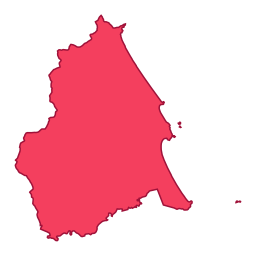 Phu My, Bình Định, Vietnam
{"feature_id": "81297802B75835306112543", "entity_name": "Phu My", "entity_type": "district", "adm_level": 2, "iso_a3": "VNM", "parent_name": "Vietnam", "parent_adm1": "Bình Định", "projection": "albers", "projection_center": [109.108, 14.245], "detail": "fine", "context": "isolated", "style": "filled", "palette": "rose", "viewbox_px": 256, "rotation_deg": 0, "n_neighbors": 0, "source": "geoboundaries", "source_scale": "gbopen_adm2", "svg_char_len": 5768}
<svg xmlns="http://www.w3.org/2000/svg" viewBox="0 0 256 256"><path d="M19.6,147.3L20.1,147.9L20.2,148.2L20.1,150.8L19.7,152.1L17.6,157.9L17.3,158.4L15.5,160.1L15.5,160.3L16.7,161.1L17.0,161.6L16.6,163.1L15.6,164.6L15.4,165.1L15.4,165.7L15.9,167.4L16.5,168.6L17.7,169.9L18.3,171.1L19.1,172.3L19.9,172.9L20.9,173.2L24.6,175.4L26.5,175.7L27.4,177.6L29.5,180.3L30.4,182.1L31.4,183.5L32.4,185.7L32.9,187.1L33.1,188.3L33.0,189.1L29.8,192.0L29.7,192.2L31.4,194.5L31.6,197.1L32.6,197.7L33.1,198.5L33.2,199.5L32.8,203.5L33.5,204.7L35.0,206.3L35.5,207.6L37.8,211.3L37.9,212.1L37.1,214.2L37.1,215.0L37.6,217.2L39.4,220.8L39.6,221.7L40.3,223.3L40.3,225.6L40.7,225.6L41.5,225.3L41.8,225.4L41.9,225.7L41.9,226.2L40.8,228.0L40.6,229.1L47.2,231.9L49.4,233.1L50.0,234.7L50.0,235.6L47.6,236.2L47.4,237.5L48.0,238.0L48.6,238.1L50.2,237.6L51.5,238.2L53.4,238.4L55.3,240.1L56.1,240.6L57.3,240.6L57.7,240.3L58.0,239.5L58.1,238.9L57.9,238.4L56.7,237.1L56.7,236.6L56.9,236.3L57.5,236.1L59.2,236.0L60.2,235.8L62.6,233.8L64.0,233.1L65.0,233.1L66.2,233.7L67.1,233.6L68.5,231.5L69.0,230.9L69.3,230.8L69.9,230.9L70.3,231.2L69.9,233.9L70.6,234.9L71.1,234.9L71.6,234.4L71.6,232.6L72.0,231.5L73.0,230.9L74.1,230.9L74.5,231.1L76.4,232.9L78.2,233.6L78.7,234.0L81.2,236.4L82.2,236.6L84.7,235.9L85.0,234.6L85.9,234.1L88.7,233.7L89.4,234.0L90.6,234.7L91.0,234.5L91.8,233.6L92.1,233.5L94.0,233.3L94.9,233.0L96.1,231.8L96.9,229.8L97.1,228.9L97.0,227.4L97.1,226.9L98.4,224.8L99.4,223.8L101.8,221.8L102.8,221.2L104.9,220.6L106.7,220.5L107.6,220.0L107.7,219.9L106.6,219.2L106.1,218.2L106.3,217.8L108.6,215.7L108.7,214.9L108.6,214.2L108.7,213.3L109.0,213.1L110.1,213.1L110.9,213.5L111.3,214.2L111.3,215.8L111.6,216.1L112.2,216.3L112.6,214.6L114.5,213.2L115.9,211.8L116.6,210.1L117.0,209.7L117.1,209.0L117.9,208.9L118.8,209.2L120.9,208.9L122.3,209.2L122.2,211.0L127.8,209.5L128.3,208.0L128.7,207.4L129.9,208.2L130.6,208.1L131.6,207.5L132.3,208.2L134.4,207.3L134.9,206.8L135.8,207.3L136.4,207.3L136.5,207.1L136.1,206.0L136.5,205.4L137.2,205.4L138.8,206.1L139.0,206.0L139.7,204.3L140.4,203.9L141.5,203.8L141.6,203.5L141.1,202.8L140.0,202.4L139.8,202.2L139.5,200.8L137.4,200.7L137.1,200.1L137.2,199.8L137.6,199.6L139.3,199.4L139.0,198.6L139.2,198.2L140.5,198.2L142.3,197.1L145.2,196.4L145.7,196.1L146.3,195.5L147.1,193.4L148.5,192.2L149.3,191.1L150.1,190.8L157.3,189.2L163.4,205.0L174.3,208.0L176.7,209.2L177.2,209.2L178.6,208.6L179.7,208.5L181.7,209.0L182.4,208.8L182.9,209.0L183.8,209.8L184.3,210.0L185.6,210.0L187.4,209.8L188.1,209.3L188.7,208.2L189.8,207.4L190.5,206.6L190.6,206.0L190.4,204.6L192.0,203.1L192.1,201.8L191.9,201.4L191.5,201.0L190.9,201.0L190.1,201.7L189.4,201.9L188.8,201.8L187.8,201.2L185.4,198.2L184.4,196.6L182.0,193.4L176.6,184.9L171.7,176.3L171.1,174.8L167.5,167.8L164.0,159.9L162.1,154.7L161.2,149.8L161.1,147.7L161.1,145.7L161.3,143.5L162.0,141.3L163.2,139.5L164.0,138.8L164.8,138.5L166.8,138.3L167.1,138.5L167.2,139.0L167.5,139.6L168.2,140.0L169.5,140.3L170.2,138.9L171.1,138.0L172.0,136.7L172.2,136.3L172.1,135.5L172.3,135.1L172.1,134.1L171.4,133.0L170.5,130.4L169.8,129.2L169.8,128.6L170.1,128.0L170.1,127.7L169.4,126.6L169.5,126.0L170.0,125.4L169.4,124.4L168.3,123.2L166.4,122.1L165.3,120.5L160.7,112.9L159.9,111.0L159.2,108.7L159.2,107.2L159.6,105.6L160.8,104.5L161.3,104.5L161.6,104.6L162.3,104.4L163.2,104.4L163.5,104.1L163.5,103.5L164.1,102.8L164.2,102.3L163.7,101.8L163.5,101.7L162.5,102.4L161.3,101.6L151.3,87.9L144.1,77.7L136.4,66.3L136.2,65.6L132.6,60.2L131.9,58.8L130.3,56.2L125.5,47.8L125.0,46.0L123.4,43.0L122.0,40.1L120.8,36.2L120.8,35.1L120.4,34.5L120.9,33.0L121.3,32.7L121.9,32.7L122.1,32.2L122.3,31.3L122.9,30.8L122.8,30.5L122.3,30.2L122.3,29.8L121.7,29.1L121.9,28.0L122.8,27.2L123.8,27.3L124.1,26.6L124.0,26.1L124.3,25.6L125.3,25.0L125.4,23.9L123.5,24.5L122.3,25.5L120.7,25.9L118.6,27.4L117.0,27.4L114.8,28.0L113.2,28.0L111.5,25.6L109.4,23.7L108.8,22.8L106.1,21.8L104.6,21.8L103.8,21.2L103.6,20.9L103.4,19.2L102.7,18.3L102.3,17.0L101.1,15.4L99.7,16.8L99.2,17.5L97.9,20.3L95.4,21.8L96.3,23.8L97.2,25.3L97.4,27.8L97.0,29.1L97.2,30.2L95.0,32.7L94.3,32.9L92.7,34.0L90.6,34.4L90.1,35.0L90.2,35.7L91.5,37.9L91.6,38.8L91.0,39.7L88.3,41.3L86.6,42.7L84.9,43.3L84.2,43.8L82.4,45.6L80.5,46.8L79.3,47.1L77.8,47.1L77.0,46.9L75.1,45.7L73.1,44.8L70.9,44.4L70.6,44.6L70.1,45.6L69.4,46.5L68.9,48.8L68.7,49.4L67.9,49.9L67.4,50.1L63.1,49.6L61.5,50.2L60.0,49.8L59.0,49.8L57.5,51.0L57.9,52.4L57.6,53.8L57.8,55.5L59.1,58.5L60.6,59.5L61.1,60.3L60.6,61.3L59.5,62.5L59.3,63.0L59.3,63.9L60.0,66.4L60.0,67.1L56.8,68.2L54.7,69.3L53.7,69.6L50.9,72.8L50.3,73.8L49.2,74.8L49.0,75.3L49.1,75.9L49.9,77.6L50.5,79.9L51.7,81.6L51.7,81.9L51.3,83.1L51.1,84.4L51.1,86.8L51.3,87.3L52.1,88.2L51.8,89.2L51.9,92.3L49.8,95.4L49.6,95.9L50.1,98.0L49.9,101.0L50.3,101.7L52.3,102.4L53.5,103.7L54.1,104.5L54.7,106.5L56.8,109.5L57.2,110.1L57.1,110.6L55.9,111.6L55.6,112.1L55.3,114.6L54.7,116.2L54.0,117.0L53.1,117.3L50.5,117.5L48.9,118.5L49.4,120.0L49.2,120.8L48.6,121.7L48.2,123.5L46.3,127.3L45.0,129.0L42.2,129.0L41.5,129.2L38.8,131.7L37.8,132.2L36.0,132.5L34.5,132.4L31.4,132.7L27.2,132.7L26.1,133.1L24.9,135.0L24.7,135.9L23.6,138.0L23.8,139.0L24.5,140.3L24.5,140.7L24.4,140.9L20.7,143.1L20.3,144.1L19.6,147.3ZM180.6,122.9L180.3,122.4L179.9,122.2L179.3,123.3L178.5,123.0L178.3,123.0L178.2,123.2L178.7,124.1L179.3,124.2L179.8,123.9L180.4,123.9L180.6,122.9ZM174.3,135.8L173.9,135.7L173.7,135.9L173.4,135.8L173.1,136.1L173.7,136.9L174.4,137.3L175.1,136.8L175.2,136.6L174.7,136.4L174.3,135.8ZM236.0,202.6L237.8,202.0L237.9,201.7L237.8,201.4L237.0,201.0L236.5,201.3L236.0,202.2L236.0,202.6ZM180.9,127.3L179.9,126.1L179.4,126.9L180.5,127.5L180.9,127.3ZM240.6,201.7L240.5,201.4L239.8,201.2L239.4,201.2L239.3,201.3L239.4,201.9L239.9,201.8L240.4,202.0L240.6,201.7Z" fill="#f43f5e" stroke="#9f1239" stroke-width="1.5"/></svg>